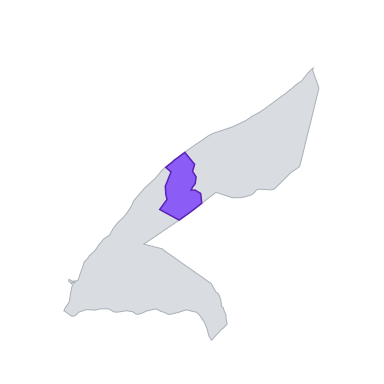 where Galguduud sits in Somalia, rotated 194°
{"feature_id": "SOM-2408", "entity_name": "Galguduud", "entity_type": "Region", "adm_level": 1, "iso_a3": "SOM", "parent_name": "Somalia", "parent_adm1": "", "projection": "natural_earth1", "projection_center": [46.568, 5.004], "detail": "fine", "context": "in_parent", "style": "filled", "palette": "violet", "viewbox_px": 384, "rotation_deg": 194, "n_neighbors": 0, "source": "natural_earth", "source_scale": "10m", "svg_char_len": 2932}
<svg xmlns="http://www.w3.org/2000/svg" viewBox="0 0 384 384"><g transform="rotate(194 192 192)"><path d="M104.5,339.8L104.2,338.9L102.4,336.3L99.1,331.2L96.5,327.5L94.0,323.6L93.9,320.5L93.9,311.3L93.8,292.9L93.8,274.4L93.7,256.0L93.7,246.8L93.7,243.0L94.0,242.4L96.9,239.0L100.9,234.6L106.0,226.1L108.8,221.4L111.1,217.6L111.7,216.4L113.8,214.1L117.6,212.7L120.0,212.5L128.3,210.7L129.5,210.0L130.2,209.2L130.9,207.4L132.5,204.8L134.6,203.0L138.5,200.7L142.4,198.7L143.2,198.4L147.9,197.2L149.0,196.7L150.9,196.3L151.6,196.3L158.1,196.7L163.1,197.1L168.3,197.4L168.9,197.1L172.5,192.6L178.3,185.3L182.0,180.6L187.6,173.4L192.0,168.2L196.9,162.5L201.6,157.2L207.2,150.9L210.8,146.9L216.3,140.7L221.5,134.9L226.2,129.7L219.8,129.7L213.5,129.7L207.3,129.7L206.2,129.0L201.0,127.0L194.5,124.5L186.3,121.3L180.5,119.0L174.3,116.7L168.1,114.3L163.1,112.4L157.0,110.0L151.7,108.0L150.9,107.5L148.0,104.4L144.1,100.3L143.4,100.2L141.5,99.4L139.9,97.2L138.1,94.4L136.6,90.8L135.9,88.4L133.8,87.4L132.7,85.5L130.8,82.7L129.5,81.4L129.0,80.2L128.4,77.7L127.3,75.0L126.3,73.4L126.0,72.7L126.1,72.2L128.1,68.6L128.9,67.3L129.9,66.0L130.8,64.8L131.1,63.9L133.5,59.7L135.6,55.9L137.2,53.0L140.8,56.3L144.4,63.1L148.5,68.6L154.3,73.8L156.6,75.5L158.6,76.4L169.0,76.3L176.5,71.6L183.2,68.2L185.5,67.5L189.4,68.4L193.7,68.7L197.6,69.7L199.5,69.5L207.2,65.6L212.0,61.7L215.3,60.1L216.6,60.1L221.1,61.5L226.9,60.9L234.7,57.6L237.3,56.9L239.2,56.9L243.5,58.3L244.1,58.3L246.5,58.0L252.6,56.4L257.3,54.0L266.1,52.3L272.8,48.0L274.0,45.9L276.0,43.2L278.9,42.4L286.4,45.5L287.6,45.7L287.2,47.6L286.9,49.5L285.4,52.9L284.4,56.6L285.2,62.2L285.6,71.4L285.4,72.8L284.9,74.1L284.7,75.1L283.9,75.5L283.5,76.1L284.1,76.3L286.5,75.3L286.4,74.2L286.6,73.7L288.5,74.9L289.9,75.4L290.3,76.6L290.2,77.4L288.0,77.0L286.9,76.4L283.6,77.4L281.6,78.5L281.0,80.3L280.6,87.5L279.9,92.2L279.7,98.3L277.1,102.4L276.2,105.3L272.3,111.1L270.3,116.0L269.6,118.4L266.2,125.2L261.5,130.4L259.8,137.0L258.1,141.2L256.2,145.0L252.0,151.7L249.9,156.3L247.2,164.4L246.4,169.6L238.9,184.4L231.0,196.3L226.2,206.2L217.4,217.8L205.5,232.7L189.8,250.4L185.6,254.1L168.5,265.0L157.3,274.1L151.7,280.4L145.7,285.8L141.0,291.0L126.7,308.4L125.2,310.0L123.9,311.6L122.1,314.5L120.8,315.7L117.4,320.7L115.3,323.3L112.9,325.8L111.9,327.6L111.1,329.7L110.4,330.9L108.2,335.8L106.3,339.1L104.4,341.6L104.5,339.8Z" fill="#d9dde1" stroke="#a8b0b8" stroke-width="1"/><path d="M179.8,183.4L181.6,181.1L183.6,178.6L185.6,176.0L187.7,173.4L188.8,172.1L190.0,170.7L191.1,169.3L192.3,168.0L193.4,166.6L194.6,165.2L195.7,163.9L196.9,162.5L197.7,161.6L204.8,163.5L211.9,165.3L219.1,167.2L214.4,178.8L216.6,182.8L219.3,191.1L217.2,206.4L223.5,209.6L218.7,215.8L217.0,218.5L214.1,221.9L211.7,224.9L208.5,228.7L208.4,228.6L196.2,219.5L196.4,212.1L191.7,207.7L190.9,200.9L192.8,196.5L193.2,193.5L189.6,194.6L183.4,192.8L182.6,191.1L179.8,183.4Z" fill="#8b5cf6" stroke="#5b21b6" stroke-width="1.5"/></g></svg>